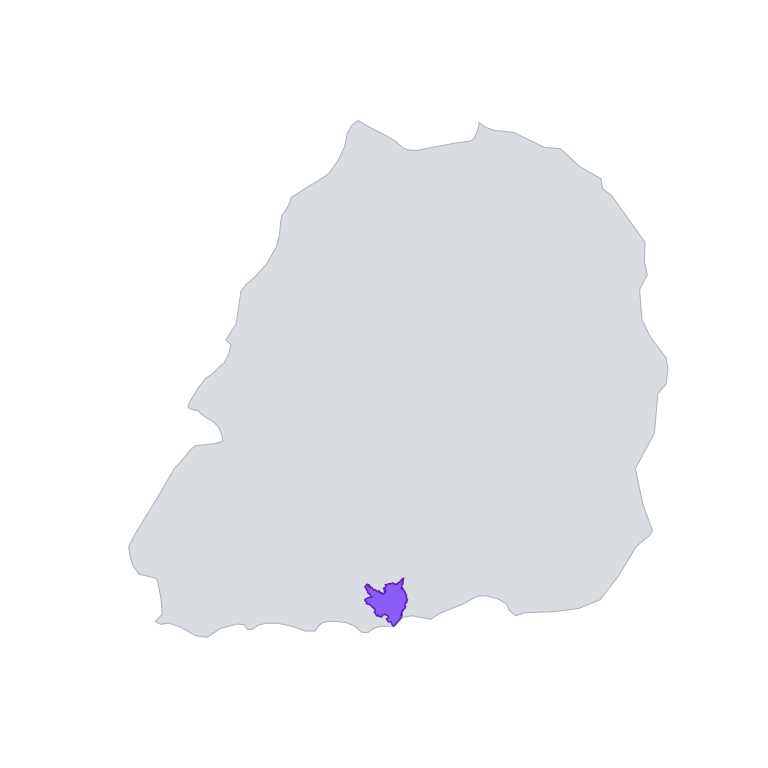 Lorenzo Geyres, Paysandú, Uruguay (highlighted), rotated 257°
{"feature_id": "84410073B97656346640878", "entity_name": "Lorenzo Geyres", "entity_type": "district", "adm_level": 2, "iso_a3": "URY", "parent_name": "Uruguay", "parent_adm1": "Paysandú", "projection": "orthographic", "projection_center": [-57.922, -32.146], "detail": "fine", "context": "in_parent", "style": "filled", "palette": "violet", "viewbox_px": 768, "rotation_deg": 257, "n_neighbors": 0, "source": "geoboundaries", "source_scale": "gbopen_adm2", "svg_char_len": 4370}
<svg xmlns="http://www.w3.org/2000/svg" viewBox="0 0 768 768"><g transform="rotate(257 384 384)"><path d="M617.2,535.4L612.2,539.6L606.7,547.6L599.8,567.1L578.4,593.6L573.7,608.8L551.2,624.1L535.2,641.6L525.3,640.8L516.0,648.3L463.4,670.2L444.9,665.3L431.1,665.0L418.6,654.3L389.5,649.9L371.0,653.7L346.2,664.6L338.8,664.3L333.5,663.7L320.2,658.7L313.1,648.6L275.3,636.5L245.0,609.8L208.8,609.2L181.0,612.5L176.7,609.0L173.9,602.3L168.2,592.5L144.2,569.2L125.3,546.2L121.5,523.4L124.0,498.7L129.5,469.3L128.5,460.2L135.5,455.0L142.5,453.9L149.2,446.3L155.2,434.8L156.2,426.1L151.5,410.1L148.2,387.6L144.3,376.5L152.0,358.8L152.3,350.2L147.8,342.7L146.6,334.9L148.6,327.0L148.2,319.3L145.3,312.0L147.5,305.9L154.6,301.1L160.0,293.7L163.5,283.8L165.3,276.2L165.4,271.0L163.2,266.1L158.8,261.4L160.8,252.2L169.4,238.4L174.9,226.1L177.4,215.4L177.3,206.8L174.4,200.2L175.6,195.8L180.9,193.4L183.3,186.5L182.5,169.3L177.0,155.0L181.2,143.7L193.3,130.7L199.6,120.2L200.1,112.2L203.9,107.6L209.6,116.3L226.7,118.6L244.0,119.0L246.8,116.9L253.6,102.8L262.6,98.8L272.3,97.8L283.0,98.6L294.2,108.1L325.8,139.2L348.9,160.8L355.8,171.0L361.9,178.6L366.4,185.7L364.1,203.9L364.3,211.9L365.3,214.2L370.6,214.5L378.6,213.3L385.3,209.6L390.6,203.8L395.8,199.2L399.9,196.7L401.5,192.9L403.9,188.9L406.4,188.1L410.9,191.2L421.6,201.8L429.8,211.6L431.7,217.2L434.8,223.0L438.2,228.1L440.5,233.0L448.5,239.6L456.7,243.9L462.3,239.9L476.0,253.5L506.6,265.5L512.1,272.3L517.2,282.0L527.5,296.7L542.0,310.2L553.8,316.1L565.1,319.6L571.5,322.7L575.7,327.8L582.5,333.4L586.8,335.6L588.2,340.4L592.3,351.1L596.5,364.5L601.1,377.0L611.8,389.2L623.9,398.9L636.7,404.7L643.7,411.4L646.5,418.2L637.4,427.8L627.3,439.8L618.5,449.3L609.6,455.7L606.6,460.3L604.3,467.6L602.8,506.3L601.5,520.7L601.9,524.6L603.1,527.2L608.3,531.2L614.6,534.7L617.2,535.4Z" fill="#d9dde1" stroke="#a8b0b8" stroke-width="1"/><path d="M188.3,340.6L188.2,340.2L187.3,340.5L186.2,340.5L185.6,339.6L185.6,339.1L184.9,338.8L185.2,338.2L184.9,337.5L184.5,337.5L183.7,338.1L183.4,338.9L182.0,339.1L182.0,338.6L182.0,337.7L181.7,337.7L180.9,338.3L179.9,337.7L179.9,336.2L179.9,335.4L180.3,334.8L180.9,335.0L180.9,333.4L181.3,333.3L181.7,333.5L182.3,333.1L183.7,332.6L183.0,331.3L183.3,330.7L183.9,330.6L184.7,329.7L185.1,329.4L186.0,328.4L186.1,327.1L188.5,326.4L188.4,325.4L188.7,324.9L189.5,325.0L189.6,323.8L189.8,323.8L190.8,324.6L191.1,324.6L191.1,323.2L191.4,323.2L192.0,323.6L192.3,322.5L192.7,322.4L190.9,319.9L189.6,320.0L189.0,320.8L187.3,320.6L186.4,321.5L185.0,321.2L183.3,321.7L182.8,322.9L182.2,322.8L180.0,323.8L179.2,324.4L179.4,321.7L178.6,317.5L177.8,316.7L176.8,316.9L175.9,318.1L174.4,317.4L173.5,318.0L172.9,319.0L172.4,320.7L171.1,321.3L170.0,322.3L168.7,322.6L168.3,323.6L167.5,323.7L166.7,324.7L165.4,324.5L163.5,323.1L162.7,323.9L162.0,324.0L159.7,324.8L159.6,325.4L160.1,326.1L160.2,326.5L160.0,326.9L159.7,326.9L159.1,326.4L158.6,327.3L157.7,328.4L157.9,329.7L158.3,330.2L159.0,330.1L159.3,330.8L159.2,333.2L157.9,334.7L156.7,336.0L155.3,336.0L154.9,335.5L154.8,333.6L154.4,333.6L153.1,334.0L151.3,334.7L151.0,336.0L150.8,336.8L150.6,337.5L149.5,337.5L146.0,338.3L145.9,338.7L145.9,338.9L145.9,339.2L146.0,339.5L146.1,339.8L146.4,340.3L146.7,340.6L146.9,340.9L147.3,341.4L147.7,341.8L148.1,342.4L148.8,343.2L149.5,343.9L149.9,344.5L150.0,344.6L150.3,345.1L150.6,345.4L151.0,346.0L151.5,346.7L151.8,347.2L152.1,347.5L152.6,348.0L152.8,348.2L152.9,348.3L153.3,348.8L153.9,348.8L154.5,349.3L154.9,348.5L155.3,348.7L155.4,349.7L155.7,349.9L156.7,349.3L157.4,350.1L158.1,349.8L158.6,350.5L158.9,351.7L159.3,351.8L160.0,351.6L160.1,352.3L160.3,353.4L160.9,354.0L162.6,355.1L163.3,354.7L163.8,354.5L165.3,355.1L165.6,355.7L165.9,356.9L166.2,357.1L166.5,356.6L166.9,356.5L167.6,356.8L167.7,357.7L168.6,358.4L169.9,357.8L171.3,357.8L172.1,358.3L172.7,358.3L173.7,358.0L174.8,358.0L178.3,357.0L179.3,355.9L179.9,356.5L180.3,356.5L180.9,356.3L180.8,355.5L181.0,354.8L181.4,354.8L182.0,355.6L183.0,356.0L184.4,356.1L185.0,356.3L185.0,357.5L186.2,357.5L187.0,358.3L188.1,357.5L188.4,358.4L190.2,359.4L190.3,358.1L188.9,357.0L188.8,356.2L188.6,355.8L187.1,354.5L187.2,353.9L187.3,353.2L186.0,351.7L185.9,351.1L186.4,350.6L186.4,349.6L187.2,349.0L187.3,348.2L187.9,348.0L188.4,347.5L187.7,345.6L188.2,344.9L188.4,343.3L187.7,342.2L187.7,341.5L188.3,340.6Z" fill="#8b5cf6" stroke="#5b21b6" stroke-width="1.5"/></g></svg>